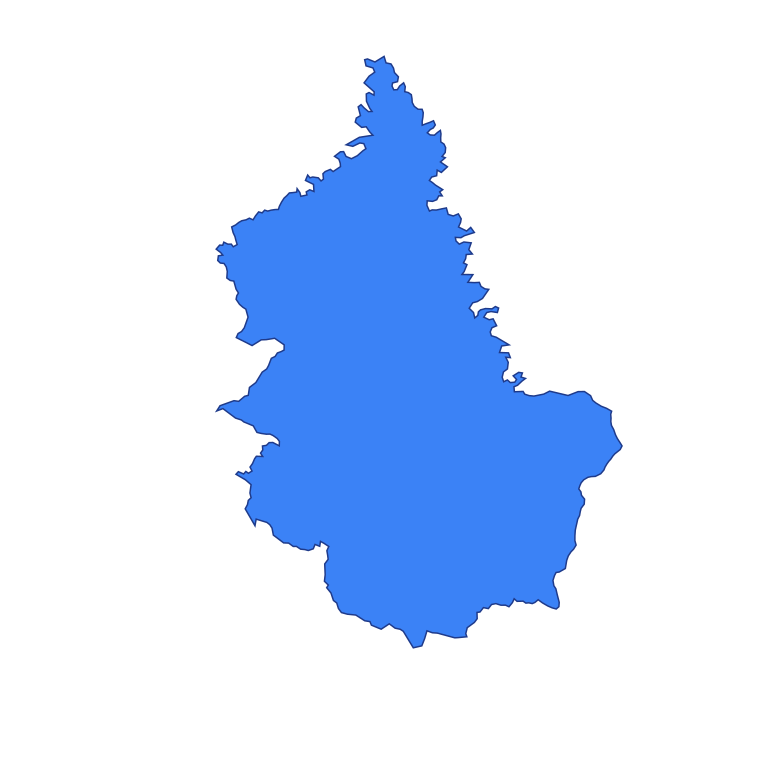 Muitos Capões, Rio Grande do Sul, Brazil, rotated 147°
{"feature_id": "56859067B15712827414216", "entity_name": "Muitos Capões", "entity_type": "district", "adm_level": 2, "iso_a3": "BRA", "parent_name": "Brazil", "parent_adm1": "Rio Grande do Sul", "projection": "albers", "projection_center": [-51.26, -28.402], "detail": "fine", "context": "isolated", "style": "filled", "palette": "blue", "viewbox_px": 768, "rotation_deg": 147, "n_neighbors": 0, "source": "geoboundaries", "source_scale": "gbopen_adm2", "svg_char_len": 5811}
<svg xmlns="http://www.w3.org/2000/svg" viewBox="0 0 768 768"><g transform="rotate(147 384 384)"><path d="M207.4,652.2L205.5,658.7L216.2,659.0L220.8,665.6L223.6,666.5L225.8,660.6L221.1,655.1L221.9,650.6L228.8,650.3L236.7,647.4L233.1,634.4L235.1,631.7L237.8,636.6L240.9,636.9L244.7,630.7L245.8,623.0L245.6,619.1L248.7,620.9L250.3,626.4L251.1,630.8L254.7,630.5L257.6,621.9L262.4,622.1L265.5,619.3L263.0,611.4L258.8,609.4L258.7,603.2L257.8,598.7L270.3,604.3L285.4,605.2L280.7,600.3L273.0,599.3L270.0,596.6L271.0,591.2L274.5,591.1L282.1,590.0L288.6,590.7L291.9,595.5L291.3,600.9L294.1,602.5L301.5,601.9L299.4,597.1L300.5,592.9L302.1,590.0L311.0,589.9L312.1,593.2L317.6,594.2L320.7,593.6L323.2,588.8L326.2,588.6L326.8,592.7L331.0,596.4L333.8,597.3L334.2,600.8L339.0,597.5L334.4,589.8L337.9,583.6L340.5,587.3L344.6,587.5L345.7,584.5L351.5,586.7L350.3,590.4L350.5,595.1L352.7,592.5L356.3,594.2L359.3,595.8L362.8,594.9L366.6,594.3L371.0,592.3L375.0,590.0L377.5,587.9L380.3,589.6L384.0,591.3L387.3,592.3L389.4,594.8L393.0,593.9L395.4,596.6L400.2,595.0L404.4,593.0L406.6,596.4L410.2,596.8L414.4,598.4L417.9,598.6L421.8,598.2L426.2,598.7L428.1,593.1L428.7,588.8L429.8,585.7L431.2,580.9L435.7,581.2L435.9,584.5L438.8,586.3L441.1,590.2L443.7,588.2L446.2,590.0L451.3,588.5L449.4,583.2L449.0,579.9L453.1,581.7L456.2,578.1L455.4,574.6L452.5,572.2L452.5,568.1L454.1,563.8L458.1,558.5L456.6,554.6L453.9,552.1L456.4,544.1L456.5,539.6L459.4,538.2L461.9,535.6L461.8,529.6L460.6,525.3L459.1,522.0L461.6,514.1L470.6,507.2L474.9,505.6L478.9,505.8L482.6,503.4L473.7,488.1L462.9,487.9L458.7,485.4L454.0,483.3L450.8,481.9L446.4,471.2L449.3,466.9L452.6,467.2L456.5,468.1L460.3,466.4L464.5,466.9L470.7,462.4L474.2,460.5L479.7,460.3L490.7,455.0L498.7,454.4L504.0,448.4L507.6,449.6L515.3,448.6L518.9,451.7L533.3,455.1L539.0,452.5L532.5,451.1L527.1,436.3L523.2,431.5L522.2,428.5L516.4,420.1L516.7,416.3L516.9,412.6L513.9,409.4L510.0,406.0L506.9,404.1L505.1,401.2L503.2,396.4L503.0,392.8L505.5,389.2L509.1,395.5L512.3,397.4L516.0,396.6L519.7,398.2L521.6,394.7L525.2,393.3L525.2,389.3L530.4,392.9L533.2,391.8L537.6,388.9L541.6,387.3L542.1,382.9L546.3,383.0L547.5,385.9L550.7,385.0L553.9,389.8L557.3,388.9L552.4,379.1L550.3,372.0L555.8,365.6L557.4,361.0L561.2,360.3L564.2,357.2L568.4,354.9L569.4,335.4L564.8,340.3L557.6,331.7L556.4,328.2L556.4,324.1L559.1,317.5L554.7,305.4L550.6,302.5L548.6,297.2L545.9,295.5L543.9,290.9L540.5,288.2L538.2,285.6L533.1,284.3L529.2,287.0L526.3,282.9L523.0,286.6L521.1,283.1L518.8,277.8L522.7,275.3L524.5,271.1L526.3,267.4L531.7,265.4L537.2,256.1L541.4,251.0L540.2,245.7L543.0,244.4L542.3,237.6L544.3,230.0L542.9,226.1L544.5,220.5L544.2,215.5L540.1,210.9L533.5,205.6L529.1,195.9L525.2,192.4L525.9,188.6L519.9,179.9L510.2,180.0L507.7,173.2L504.0,169.5L502.5,166.1L503.1,146.8L494.9,143.8L488.5,148.4L482.4,153.6L478.9,149.0L475.0,146.1L462.9,132.6L460.1,131.0L452.2,126.9L451.4,130.1L446.9,134.3L438.1,134.8L433.7,136.4L430.4,141.8L427.7,140.5L422.4,142.3L418.8,138.8L413.9,140.5L409.8,138.9L406.4,134.8L402.5,132.3L400.5,129.1L395.4,130.7L391.8,133.0L390.8,129.3L385.6,126.1L384.4,123.0L381.7,121.6L379.3,119.1L376.4,118.6L372.2,119.1L370.3,114.1L367.5,108.6L364.9,104.7L362.1,101.5L358.6,102.0L356.0,105.4L353.3,113.4L351.4,118.6L351.4,122.3L349.3,127.2L345.3,130.5L342.3,132.2L339.5,130.9L332.4,130.5L326.8,136.6L323.0,139.5L318.6,141.4L315.0,142.2L310.6,144.3L309.2,148.7L306.5,152.8L303.2,157.2L300.5,159.9L297.6,162.7L295.2,165.1L291.6,167.2L288.9,170.1L286.4,172.4L281.5,174.2L278.5,178.2L279.0,183.1L277.6,186.3L277.8,189.9L275.2,192.0L272.4,193.8L268.6,194.9L263.8,194.7L260.7,193.5L257.0,191.4L251.1,190.7L246.4,192.1L243.9,193.9L240.7,195.5L237.7,196.7L234.9,197.4L231.4,198.9L228.6,199.7L221.6,200.4L218.1,202.4L218.0,205.8L218.0,211.1L217.5,215.4L216.2,220.6L215.8,225.4L214.2,229.0L212.2,231.7L210.3,235.2L207.9,237.2L210.6,242.4L213.9,247.0L216.6,252.6L217.9,256.6L217.1,261.7L220.0,268.5L225.4,271.9L235.9,274.1L249.0,287.8L255.5,288.5L264.8,292.2L268.6,295.2L271.5,298.8L271.4,302.0L278.9,306.5L276.5,310.9L272.7,310.2L266.5,311.3L262.3,311.6L265.3,315.2L261.9,317.9L264.7,320.4L271.2,320.5L270.4,315.6L273.3,314.3L277.3,316.4L278.3,320.2L282.4,320.7L281.2,325.3L277.2,329.1L272.3,329.4L268.0,334.5L267.3,340.1L263.7,337.3L262.6,342.3L270.0,347.5L264.6,351.8L257.8,348.7L264.4,362.1L267.7,366.0L266.6,369.8L262.8,372.4L257.8,371.5L257.0,379.2L260.8,380.6L263.9,385.7L258.9,388.0L254.8,386.5L250.0,382.2L246.5,385.3L248.4,388.3L252.5,388.2L257.8,392.0L262.7,393.6L265.5,393.1L268.0,390.4L271.9,390.0L270.0,395.2L271.3,401.1L265.4,403.8L260.8,402.3L254.8,402.1L244.6,406.3L247.6,408.9L249.5,413.0L248.7,417.3L253.0,419.8L258.3,423.6L249.9,427.3L253.6,429.8L259.0,433.4L255.6,434.6L249.4,438.9L251.4,442.3L247.3,444.6L244.5,447.8L239.1,444.9L239.7,450.5L234.0,454.9L239.7,459.6L244.7,460.3L245.7,464.8L244.3,468.1L239.8,464.8L235.8,464.6L225.7,461.9L226.0,468.1L231.4,467.3L236.0,475.1L231.8,477.8L229.3,480.5L229.0,486.2L234.4,487.2L237.8,491.3L235.8,497.7L240.3,499.5L245.4,501.4L248.8,503.8L251.7,504.3L250.7,510.5L248.0,514.1L243.8,510.7L239.4,509.8L235.6,512.0L232.7,510.1L232.7,514.8L228.9,515.0L232.5,522.8L233.6,526.4L235.1,530.0L231.3,531.6L226.4,530.0L222.9,534.4L220.7,530.2L212.5,531.6L215.7,539.5L209.4,540.4L211.4,543.2L206.6,544.8L203.6,548.6L203.0,552.5L204.5,556.1L202.4,559.6L200.0,562.7L198.6,566.0L202.3,565.8L206.2,565.2L209.6,567.7L210.9,571.1L206.6,572.2L203.2,571.9L199.9,573.3L199.1,577.8L203.3,578.5L207.0,579.4L211.0,580.2L208.9,583.5L205.8,586.9L203.3,590.2L202.4,593.6L205.8,595.9L207.4,600.4L207.0,604.7L205.1,608.1L203.5,611.8L204.9,615.2L207.4,617.9L204.2,621.8L203.5,625.9L208.6,625.4L212.5,623.6L215.6,625.4L215.0,629.5L212.9,631.8L208.0,630.2L204.6,633.8L205.6,639.5L204.0,643.7L203.8,648.6L207.4,652.2Z" fill="#3b82f6" stroke="#1e3a8a" stroke-width="1.5"/></g></svg>